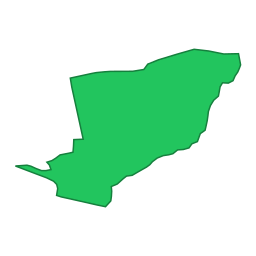 Kamukunji, Nairobi, Kenya
{"feature_id": "3690345B2174573011329", "entity_name": "Kamukunji", "entity_type": "district", "adm_level": 2, "iso_a3": "KEN", "parent_name": "Kenya", "parent_adm1": "Nairobi", "projection": "orthographic", "projection_center": [36.857, -1.275], "detail": "fine", "context": "isolated", "style": "filled", "palette": "green", "viewbox_px": 256, "rotation_deg": 0, "n_neighbors": 0, "source": "geoboundaries", "source_scale": "gbopen_adm2", "svg_char_len": 1083}
<svg xmlns="http://www.w3.org/2000/svg" viewBox="0 0 256 256"><path d="M238.5,53.7L223.8,54.0L215.7,52.4L208.8,51.0L194.1,49.3L176.6,54.3L158.5,59.8L147.8,64.1L143.8,69.5L132.6,71.3L110.5,71.4L104.6,71.8L96.3,72.6L92.0,73.4L70.3,78.1L71.8,87.1L83.2,139.2L73.8,139.6L73.5,146.1L73.0,152.2L69.3,153.1L60.1,154.9L55.6,158.3L51.9,160.6L46.9,162.2L49.4,165.0L51.0,169.6L46.0,170.6L41.5,170.6L36.2,168.6L30.9,166.2L27.0,165.2L15.4,166.0L35.4,173.6L46.6,177.8L53.6,181.2L56.7,184.4L57.7,188.5L56.6,195.4L61.2,196.9L70.3,198.9L97.2,205.0L105.5,206.7L110.8,200.9L111.4,196.4L111.7,191.2L111.3,186.5L117.3,184.0L123.2,178.7L126.5,176.1L132.2,175.3L137.0,172.5L141.9,169.7L146.5,167.1L149.8,164.7L152.4,161.7L157.3,158.0L163.3,155.6L168.7,154.8L172.9,153.7L177.6,149.9L183.3,149.5L189.0,147.9L191.9,143.8L197.4,141.6L200.3,133.6L205.1,130.2L206.2,125.4L207.2,120.7L207.9,115.8L208.4,111.5L210.4,105.6L213.7,100.2L218.4,96.1L219.2,91.9L220.1,86.8L222.5,82.8L228.3,83.1L233.0,80.7L235.1,75.9L237.7,72.1L239.2,68.7L240.6,64.9L238.5,53.7Z" fill="#22c55e" stroke="#15803d" stroke-width="1.5"/></svg>